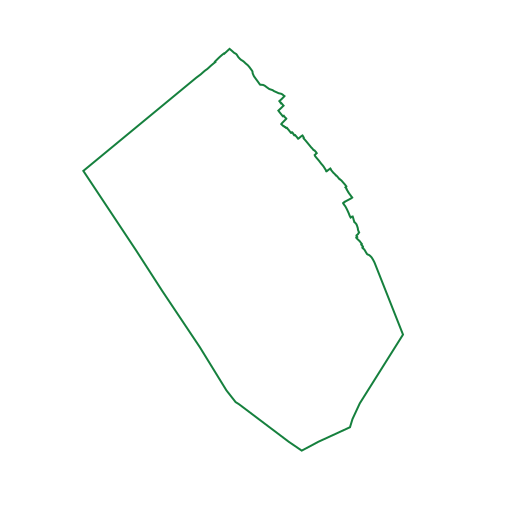 the district of Krasae Sin, Thailand, rotated 332°
{"feature_id": "78962969B29220890850544", "entity_name": "Krasae Sin", "entity_type": "district", "adm_level": 2, "iso_a3": "THA", "parent_name": "Thailand", "parent_adm1": "", "projection": "natural_earth1", "projection_center": [100.354, 7.607], "detail": "fine", "context": "isolated", "style": "outline", "palette": "green", "viewbox_px": 512, "rotation_deg": 332, "n_neighbors": 0, "source": "geoboundaries", "source_scale": "gbopen_adm2", "svg_char_len": 5090}
<svg xmlns="http://www.w3.org/2000/svg" viewBox="0 0 512 512"><g transform="rotate(332 256 256)"><path d="M223.8,449.3L258.6,451.3L264.6,445.3L278.5,434.8L348.9,394.4L357.5,318.1L357.6,316.9L357.6,314.2L357.5,312.5L357.4,311.4L357.1,310.3L356.7,309.1L356.2,308.1L355.4,307.2L355.1,306.7L355.0,306.4L354.9,306.1L354.9,305.8L354.9,305.3L354.8,304.1L354.8,303.2L354.7,301.9L354.7,301.6L354.7,301.2L354.3,300.0L354.3,299.9L354.1,299.6L353.9,299.3L353.8,298.6L354.0,298.4L354.8,298.2L354.9,297.8L354.6,296.8L354.5,296.6L354.3,295.4L355.1,295.1L354.7,292.9L354.6,291.9L354.5,291.6L354.4,291.3L354.3,291.1L354.1,290.3L353.8,289.5L353.4,288.3L353.3,287.7L353.1,287.1L353.1,286.9L353.2,286.7L354.2,286.7L354.3,286.7L354.3,286.0L354.2,285.3L354.2,285.2L354.4,285.0L354.6,285.0L355.1,284.8L355.6,284.7L356.3,284.6L356.6,284.4L356.9,284.1L357.2,283.9L357.9,283.8L358.1,283.7L358.2,281.6L358.3,281.1L358.4,280.7L358.5,280.3L358.6,280.0L358.8,279.6L359.0,279.2L359.0,278.7L359.2,277.9L359.3,277.5L359.5,275.7L359.6,275.4L359.5,274.8L359.4,274.2L359.3,273.8L359.0,272.7L358.8,272.2L358.7,272.0L358.8,271.8L359.0,271.4L359.0,270.9L359.5,268.7L359.8,267.3L359.9,266.5L359.2,266.3L358.2,266.4L357.8,266.5L357.6,266.5L357.6,264.5L357.9,262.2L358.0,261.0L358.2,257.5L358.2,257.0L358.2,255.4L358.2,254.1L357.8,251.8L357.7,250.3L357.7,250.2L357.8,250.1L359.0,250.1L359.0,249.9L359.5,249.7L361.0,249.8L361.4,249.8L362.1,249.8L363.3,249.8L366.8,249.8L367.7,249.7L368.4,249.6L368.4,249.3L368.2,248.6L368.1,248.1L368.1,247.8L367.9,246.4L367.5,243.9L367.5,243.5L367.4,242.8L367.4,242.7L367.5,242.7L367.4,241.3L367.3,240.2L367.3,239.8L367.3,239.7L367.5,239.6L367.5,239.4L367.5,239.2L367.4,238.3L367.2,237.4L368.3,237.2L368.5,237.0L368.3,236.2L368.2,235.5L368.2,235.2L367.8,233.5L366.8,229.2L366.7,229.0L366.6,228.8L366.4,228.5L366.3,228.4L366.0,227.3L366.0,227.2L365.7,227.1L365.6,226.5L365.4,225.6L365.3,224.9L365.2,224.5L365.1,224.0L364.7,222.6L364.6,222.4L364.4,222.4L364.3,221.9L363.9,220.2L363.8,219.8L363.5,219.3L363.3,218.4L362.7,215.5L362.7,215.4L362.7,215.2L362.8,214.8L362.8,214.5L362.8,214.4L362.8,214.1L362.7,213.6L360.9,213.9L360.1,214.0L358.1,214.4L357.9,214.3L357.9,214.2L357.8,213.8L357.9,213.7L358.0,213.5L358.1,213.4L358.1,213.2L357.9,212.4L357.9,211.8L357.8,210.7L357.8,210.1L357.7,209.3L357.7,208.9L357.7,208.7L357.6,208.3L357.3,206.6L357.1,206.0L357.0,205.4L356.9,205.0L356.8,204.4L356.5,202.5L356.5,202.3L356.3,201.4L356.0,199.9L355.8,199.1L355.7,198.6L355.5,197.7L355.3,196.7L355.2,196.2L355.1,195.7L355.2,194.4L357.9,193.7L357.7,192.0L357.6,191.8L357.4,191.0L357.2,190.1L356.9,189.9L356.6,189.6L356.5,189.4L356.5,189.2L356.2,187.6L356.1,187.1L356.0,186.9L355.9,186.6L355.8,186.4L354.5,179.9L354.0,177.5L353.8,176.6L353.5,175.4L353.3,174.6L353.3,174.4L353.3,174.2L353.7,174.0L353.8,173.9L353.7,173.2L353.8,172.5L353.6,171.6L353.6,171.4L353.0,171.4L351.7,171.6L348.5,172.3L348.4,172.3L348.2,172.2L348.1,171.8L348.1,171.7L348.2,171.4L348.1,171.1L348.0,170.8L348.0,170.6L347.4,168.0L347.3,167.5L347.1,167.4L346.7,167.6L346.4,167.4L346.2,166.0L346.2,165.9L346.4,165.6L346.0,163.7L345.9,163.6L344.9,163.9L344.7,163.8L344.2,161.1L344.1,160.5L343.9,159.5L343.7,159.0L343.7,158.7L343.7,158.4L343.5,157.3L343.4,157.2L342.8,157.3L342.7,157.2L342.4,155.8L342.3,155.7L341.9,155.6L341.5,154.2L341.4,154.1L341.1,154.1L341.0,153.8L340.7,152.9L340.5,152.3L340.3,151.7L340.2,151.4L340.3,151.3L342.2,150.6L342.9,150.4L345.7,149.5L347.1,149.1L347.3,148.9L346.7,147.2L346.4,145.5L346.3,145.3L346.3,145.2L346.2,145.2L345.5,145.4L345.4,145.4L345.2,144.8L344.4,140.6L344.1,139.0L344.0,138.1L348.2,137.0L349.4,136.6L350.2,136.4L350.9,136.2L350.1,132.7L349.7,132.8L349.5,131.2L349.4,130.6L349.3,130.3L349.3,130.2L351.8,129.6L352.2,129.5L355.7,128.4L356.2,128.2L355.7,127.1L355.2,125.8L355.1,125.6L354.6,124.9L354.4,124.6L352.9,123.3L352.4,122.9L350.9,120.9L349.8,119.5L349.4,119.0L349.1,118.5L349.0,118.4L348.9,118.2L348.7,117.6L348.6,117.4L347.7,116.5L347.1,115.8L346.9,115.7L346.6,115.3L346.2,114.9L346.0,114.6L345.7,114.0L345.3,113.2L344.7,112.0L343.8,110.0L343.3,109.2L342.7,108.5L342.6,108.3L342.3,108.1L341.8,107.8L340.5,106.9L340.2,106.8L340.2,106.7L339.9,106.0L339.7,104.3L339.5,102.8L339.2,100.8L338.9,98.8L338.8,97.7L338.6,96.8L338.6,96.3L338.6,95.7L338.7,94.5L338.8,93.4L338.9,92.9L339.2,92.2L339.5,91.4L339.5,90.8L339.3,89.1L339.1,87.8L338.9,86.2L338.7,85.5L338.5,84.3L338.2,83.4L337.3,81.2L337.1,80.7L336.8,79.6L336.5,78.9L336.4,78.4L336.0,77.8L335.8,77.2L335.2,76.4L334.8,75.6L334.7,75.2L334.4,74.5L334.1,73.5L334.0,73.0L333.8,72.3L333.7,71.7L333.6,69.7L333.5,69.4L333.5,69.1L333.5,68.9L333.3,68.3L333.0,67.8L332.9,67.6L332.3,66.7L331.9,66.0L331.8,65.6L331.1,63.7L330.8,62.9L329.9,60.7L328.3,61.1L326.1,61.7L323.0,62.5L322.9,62.1L322.2,62.2L320.5,62.5L317.9,63.1L316.0,63.6L314.0,64.2L311.0,65.1L311.1,65.7L309.3,66.0L306.4,66.6L305.1,66.9L302.1,67.7L300.4,68.1L300.0,68.1L297.8,68.4L296.5,68.7L294.4,69.2L292.4,69.7L287.1,70.5L143.5,99.8L152.8,195.2L156.8,242.8L163.6,310.2L166.8,360.8L169.4,375.4L171.3,378.7L197.8,435.6L205.0,449.3L223.8,449.3Z" fill="none" stroke="#15803d" stroke-width="2"/></g></svg>